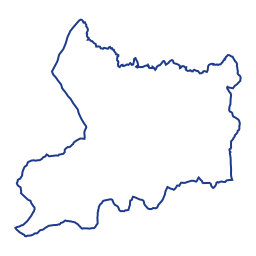 Butere, Western, Kenya (Robinson projection)
{"feature_id": "3690345B46700738933790", "entity_name": "Butere", "entity_type": "district", "adm_level": 2, "iso_a3": "KEN", "parent_name": "Kenya", "parent_adm1": "Western", "projection": "robinson", "projection_center": [34.522, 0.227], "detail": "fine", "context": "isolated", "style": "outline", "palette": "blue", "viewbox_px": 256, "rotation_deg": 0, "n_neighbors": 0, "source": "geoboundaries", "source_scale": "gbopen_adm2", "svg_char_len": 5707}
<svg xmlns="http://www.w3.org/2000/svg" viewBox="0 0 256 256"><path d="M84.8,22.2L83.5,22.6L82.6,20.6L81.6,19.8L80.4,19.7L79.2,20.5L76.8,23.2L73.1,27.5L70.2,31.2L69.1,33.8L67.9,36.1L67.2,38.1L65.9,42.9L63.3,49.2L59.2,54.5L58.8,55.8L58.0,59.3L57.2,61.7L52.0,71.4L52.8,73.8L53.6,75.1L54.7,76.1L56.1,77.8L57.4,79.8L61.1,84.5L62.2,88.3L65.8,92.8L68.1,96.3L69.9,98.1L71.0,99.5L73.1,103.1L77.8,109.5L78.7,113.2L81.0,118.2L83.6,122.7L86.0,126.1L86.3,127.3L84.9,130.4L84.5,131.6L84.3,132.9L84.7,136.9L84.5,138.8L80.9,138.5L79.8,138.7L77.6,140.0L76.5,140.5L75.6,141.3L74.5,141.8L73.6,142.8L73.1,144.1L71.9,145.0L70.1,146.8L69.0,147.1L67.6,147.1L65.4,148.9L64.7,150.0L64.7,152.2L63.3,153.8L59.1,154.6L58.4,155.5L57.4,155.6L56.3,155.4L50.0,156.2L48.8,156.2L48.0,155.3L46.7,154.5L45.8,155.5L45.2,156.6L43.7,157.0L42.8,157.6L42.1,158.7L39.9,160.1L36.9,160.4L35.8,160.7L33.8,160.3L32.7,160.4L31.2,160.6L30.1,161.2L28.8,161.7L27.9,162.3L26.6,165.6L25.2,166.3L24.3,167.4L23.6,169.0L22.6,171.6L22.3,173.4L22.1,175.7L20.8,177.5L20.4,178.6L18.9,179.1L17.7,180.1L17.7,181.4L16.8,183.1L17.3,184.6L18.0,185.5L18.7,186.2L20.5,187.2L20.8,188.7L21.2,191.7L21.0,193.2L27.6,199.4L28.4,200.0L30.5,200.8L31.4,203.4L32.4,204.7L33.3,206.2L34.5,207.4L34.6,209.0L33.9,211.4L33.1,212.3L31.3,215.7L27.2,221.2L22.9,225.1L21.7,225.2L20.6,225.9L19.1,226.6L17.8,226.8L16.4,227.3L15.4,228.0L16.5,229.5L20.0,232.5L21.6,233.3L22.6,234.2L23.5,234.3L24.3,234.9L25.0,236.1L26.4,236.3L27.4,235.6L28.4,235.7L30.9,235.5L31.9,235.0L33.2,234.6L34.7,233.4L37.2,233.3L40.0,230.3L42.3,229.8L43.5,229.3L45.1,228.0L48.7,225.8L53.6,225.1L56.1,225.0L57.5,224.8L58.3,224.4L59.5,224.5L60.2,223.8L60.8,222.9L62.8,222.4L65.2,220.5L66.6,220.9L70.9,221.4L75.0,222.4L76.2,223.3L77.6,224.1L81.4,228.1L82.4,228.7L83.4,228.3L87.5,228.4L88.6,228.6L89.7,228.6L92.2,228.1L94.1,228.1L95.6,226.5L96.3,225.2L97.6,223.6L97.6,221.8L97.4,217.9L97.7,215.1L97.7,212.4L98.2,211.4L98.0,210.4L98.5,209.2L98.8,207.9L98.8,206.9L99.4,206.0L99.9,204.7L101.8,203.0L102.9,201.1L104.0,200.6L110.2,199.3L111.2,199.3L112.3,199.8L113.3,202.4L114.7,204.7L117.1,206.0L118.1,206.9L119.4,210.2L120.5,211.1L124.1,211.2L125.2,210.4L127.3,210.2L128.5,209.8L129.1,207.4L130.0,204.7L130.1,201.8L130.3,200.5L131.4,200.2L132.0,199.5L132.3,198.1L133.0,196.7L135.7,197.6L139.5,199.4L142.1,199.9L143.4,200.7L144.0,202.2L144.1,203.4L144.6,204.7L147.9,208.5L149.0,208.9L151.1,209.1L152.2,208.7L153.2,208.0L155.7,208.3L156.8,207.8L157.8,206.4L158.2,205.1L161.9,200.8L162.9,199.3L164.1,196.3L165.0,194.2L165.3,192.0L165.7,190.8L167.5,187.0L169.8,188.2L171.3,188.9L172.6,189.1L173.8,189.8L175.4,188.4L177.2,185.5L178.4,185.5L179.3,185.8L180.5,183.5L181.1,182.7L184.0,182.9L185.3,182.8L187.5,181.9L191.4,180.8L194.0,180.8L195.1,181.4L196.5,181.5L198.0,178.6L198.7,177.5L200.8,180.1L201.7,180.7L202.2,181.6L202.5,182.7L203.5,183.1L209.6,182.9L210.7,183.8L211.5,186.3L212.2,187.0L213.1,188.0L214.1,187.4L214.7,186.7L215.6,185.4L216.1,184.4L216.5,182.7L217.5,182.1L218.6,182.6L219.9,181.9L221.2,181.5L223.4,181.9L225.2,182.0L226.4,180.5L229.3,180.0L232.2,179.9L231.4,177.4L231.0,174.8L231.1,168.9L230.7,163.1L230.7,160.0L230.5,157.0L229.8,153.0L230.5,152.1L229.7,151.2L229.4,150.1L229.6,149.1L230.7,148.7L231.1,147.3L231.0,144.9L231.1,141.3L232.9,139.4L233.4,138.2L234.6,136.7L235.0,135.0L236.1,134.1L236.9,133.1L237.5,132.1L237.8,130.7L239.1,129.8L239.4,128.4L239.3,126.1L239.7,124.7L239.8,123.2L239.1,120.8L238.4,119.6L235.1,117.4L233.1,116.4L232.6,114.9L232.4,113.5L231.9,112.6L231.0,112.0L230.0,111.6L229.4,110.8L229.1,109.6L229.4,108.6L229.3,107.4L229.9,105.4L230.4,104.4L230.6,99.4L231.1,95.0L230.7,93.5L228.9,91.3L228.4,90.0L227.5,89.1L227.1,87.7L227.5,86.8L228.4,87.4L232.9,88.3L234.9,85.8L237.3,84.0L238.1,83.0L239.2,82.0L240.3,80.7L240.6,77.5L240.1,76.1L238.0,74.3L237.6,72.8L237.9,71.6L237.4,69.2L237.2,67.0L236.8,65.8L237.1,64.4L236.6,62.9L235.8,61.8L235.0,61.2L234.7,60.2L233.9,59.3L232.6,56.7L231.5,56.6L229.9,55.4L228.8,55.1L227.7,55.1L226.8,56.3L225.9,56.9L225.6,58.0L224.6,58.6L224.9,59.6L223.7,60.2L222.7,61.9L220.5,64.4L219.4,64.4L217.9,65.0L217.0,64.4L215.9,64.8L214.7,64.7L213.9,64.0L213.2,64.7L212.6,63.9L211.5,63.8L210.1,64.3L208.9,64.9L208.2,66.1L207.6,70.5L206.9,71.9L206.0,71.7L204.7,71.1L203.2,71.4L202.7,72.6L201.4,73.2L199.9,73.4L197.9,71.0L196.5,70.9L194.2,69.8L193.3,70.5L192.8,71.4L191.5,71.3L190.4,70.2L189.3,70.7L187.7,70.9L186.6,70.3L185.8,69.6L186.2,68.3L186.2,67.3L185.1,67.5L184.2,66.5L183.0,66.1L181.9,66.3L181.0,67.6L179.9,68.1L179.7,65.6L178.5,64.8L176.7,63.9L175.1,63.6L173.5,62.8L173.2,61.4L172.7,60.4L171.8,60.1L170.2,60.9L169.1,62.0L168.5,62.9L165.9,64.7L164.6,61.8L163.9,61.0L162.9,61.4L161.9,62.9L159.8,65.3L158.6,65.4L156.8,66.8L156.0,68.9L155.2,69.8L154.5,68.6L153.6,67.6L152.5,66.8L152.4,68.1L151.3,68.0L150.2,68.0L148.9,67.7L148.8,66.1L148.1,65.0L147.7,66.0L146.6,65.4L144.5,66.1L142.5,67.1L141.6,67.0L140.7,67.1L139.7,66.8L137.3,67.5L136.1,66.8L136.9,66.0L138.0,66.0L138.0,64.5L137.3,61.5L136.6,60.7L135.5,58.1L134.3,58.7L134.0,60.1L133.9,61.6L133.5,62.9L133.2,64.5L131.8,64.9L131.1,63.8L130.2,63.1L129.2,64.3L128.2,64.9L127.1,64.4L125.2,65.5L123.7,66.0L122.8,65.9L122.6,64.8L121.6,65.0L120.6,65.8L119.7,67.1L118.3,66.3L118.0,64.8L118.0,63.7L118.4,62.4L118.2,61.3L117.2,60.5L117.1,59.0L117.4,56.7L118.3,56.2L118.4,55.2L117.3,54.5L116.1,54.4L115.4,52.5L114.3,51.5L113.8,49.7L112.5,49.6L111.9,48.1L110.8,48.4L109.9,46.9L108.8,47.5L107.9,48.8L104.0,47.8L102.9,48.8L101.8,48.4L100.7,48.3L99.9,46.7L98.3,46.4L97.2,46.6L96.2,46.6L95.7,44.1L93.9,43.0L92.3,41.2L91.3,41.3L90.5,40.4L89.4,39.5L87.8,39.7L88.6,37.9L87.2,36.7L86.8,35.1L87.2,34.1L86.6,33.0L87.9,30.3L87.8,29.1L87.3,27.8L86.2,26.3L86.3,24.8L85.4,23.6L84.8,22.2Z" fill="none" stroke="#1e3a8a" stroke-width="2"/></svg>